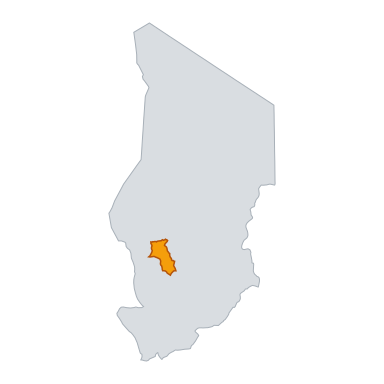 Dababa, Hadjer-Lamis, Chad shown in context
{"feature_id": "50815135B80092252042653", "entity_name": "Dababa", "entity_type": "district", "adm_level": 2, "iso_a3": "TCD", "parent_name": "Chad", "parent_adm1": "Hadjer-Lamis", "projection": "equal_earth", "projection_center": [16.914, 12.314], "detail": "fine", "context": "in_parent", "style": "filled", "palette": "amber", "viewbox_px": 384, "rotation_deg": 0, "n_neighbors": 0, "source": "geoboundaries", "source_scale": "gbopen_adm2", "svg_char_len": 4672}
<svg xmlns="http://www.w3.org/2000/svg" viewBox="0 0 384 384"><path d="M273.9,105.2L274.1,114.5L274.2,123.9L274.4,133.3L274.5,142.7L274.6,152.1L274.8,161.5L274.9,170.9L275.0,180.4L275.1,183.5L274.9,184.7L274.8,184.9L274.5,185.1L270.7,184.2L269.1,184.2L266.8,184.9L263.4,185.2L261.2,185.1L259.8,186.8L258.6,188.7L259.2,193.4L259.1,195.0L258.6,196.6L257.6,198.0L256.6,199.1L256.0,200.1L255.3,202.2L254.7,203.2L254.8,204.5L254.6,205.9L254.0,206.7L252.4,207.2L251.4,207.8L250.6,208.8L250.1,209.6L250.4,210.6L250.8,211.9L251.0,214.0L251.2,215.2L252.0,216.2L252.4,217.0L252.6,217.8L252.2,218.6L250.3,220.1L249.5,220.7L248.6,221.4L248.3,221.7L246.9,223.2L246.2,224.5L245.9,225.5L245.9,227.0L246.6,229.2L247.4,231.1L247.7,232.5L247.9,234.1L247.9,235.6L247.5,236.8L246.8,238.0L244.1,240.2L242.8,242.6L241.8,245.5L241.6,247.0L241.8,248.1L242.4,249.0L243.2,249.4L244.4,249.6L246.3,249.1L248.0,248.8L249.9,249.8L250.9,252.3L250.6,254.0L251.3,257.3L252.0,261.2L251.9,262.5L252.2,263.0L253.4,263.2L253.7,264.1L253.3,271.0L253.9,272.9L254.7,274.3L255.6,275.0L256.5,275.9L257.0,276.5L258.0,276.7L259.2,277.9L259.5,279.6L259.5,281.2L258.8,284.7L258.3,287.0L257.6,286.9L256.2,286.3L254.5,285.8L252.4,285.4L250.5,286.3L248.3,287.6L247.7,288.5L247.1,289.0L246.1,288.9L245.3,289.1L244.8,290.0L244.1,290.9L241.0,293.0L240.3,293.7L240.0,294.4L240.0,295.2L240.3,296.8L240.3,298.9L239.6,300.5L238.8,301.6L237.9,302.0L237.2,302.3L236.7,303.0L235.1,306.7L234.4,307.4L233.0,307.3L229.0,312.9L228.6,314.5L227.1,316.9L225.2,319.5L223.5,320.7L223.4,321.2L223.0,321.7L221.9,322.3L218.4,325.5L214.1,325.3L212.2,326.6L210.3,327.1L207.6,327.7L206.8,327.7L203.4,327.9L199.3,327.8L197.7,328.3L196.3,329.5L195.2,330.6L195.0,330.9L195.2,331.4L195.2,331.7L198.0,334.3L198.7,335.6L198.0,336.8L197.7,337.0L197.2,338.0L195.5,341.0L193.0,344.4L191.7,345.4L191.2,346.1L190.5,348.4L190.0,348.7L188.3,349.0L184.9,349.2L180.1,350.0L177.2,350.2L175.4,350.0L172.9,351.6L172.0,352.0L171.5,352.2L169.0,353.7L167.0,356.1L166.2,356.5L163.3,357.6L162.2,359.2L161.6,359.3L159.8,357.2L158.5,355.2L157.9,353.2L157.8,352.6L157.5,352.7L156.4,353.6L155.6,354.6L155.2,356.5L152.2,357.8L149.6,358.9L148.4,360.3L146.6,361.0L144.3,360.7L142.5,360.1L140.8,359.9L141.6,358.2L142.0,356.9L142.0,355.3L141.9,354.2L140.9,353.7L140.2,352.9L138.7,347.9L137.2,342.7L135.0,337.7L132.7,334.5L130.9,332.5L130.4,332.3L129.5,331.6L128.9,331.1L125.8,327.6L122.5,323.8L121.7,322.1L120.1,319.5L118.3,316.8L117.3,315.5L116.9,313.3L118.2,311.4L119.5,308.8L121.2,307.2L123.3,307.0L126.8,307.7L130.6,308.0L134.4,307.5L135.3,307.1L136.3,307.1L138.3,307.7L141.8,307.6L143.6,306.6L141.7,304.8L139.6,302.1L137.6,299.1L136.4,296.3L135.4,292.8L134.3,288.5L133.7,282.9L133.8,279.7L134.2,277.4L135.2,273.7L134.5,271.6L134.7,269.8L134.6,267.2L134.3,265.9L132.9,261.6L132.6,261.1L131.4,258.2L130.9,253.2L129.6,249.9L127.4,248.3L126.1,246.4L125.7,243.0L124.8,242.1L121.4,240.9L118.5,240.9L116.5,237.1L113.8,232.1L111.4,227.6L109.8,218.4L108.9,213.2L110.0,211.6L112.0,207.9L114.7,200.8L120.6,189.8L123.6,184.1L129.6,175.7L136.9,165.4L141.1,159.6L141.8,149.1L142.5,137.9L143.1,129.5L143.7,119.6L144.3,111.3L144.7,105.2L145.3,96.7L145.8,95.0L148.7,88.3L148.9,87.4L148.4,86.3L144.3,80.6L143.1,79.3L142.4,76.4L143.4,74.7L138.6,65.2L137.4,64.0L136.8,62.9L136.8,61.2L136.7,54.6L135.5,44.3L133.8,32.3L139.5,28.9L143.9,26.3L149.4,23.0L154.5,26.4L161.9,31.3L169.2,36.2L176.7,41.1L184.1,46.0L191.5,50.9L198.9,55.8L206.4,60.7L213.9,65.7L221.3,70.6L228.8,75.5L236.3,80.5L243.8,85.4L251.3,90.3L258.9,95.3L266.4,100.2L273.9,105.2Z" fill="#d9dde1" stroke="#a8b0b8" stroke-width="1"/><path d="M167.6,240.5L166.7,239.7L166.1,239.7L165.4,239.2L165.0,239.7L163.5,240.3L162.6,239.7L161.7,240.2L161.3,240.7L157.9,241.1L157.0,241.4L156.6,241.9L156.0,241.6L154.9,241.5L153.4,241.8L152.6,241.7L152.1,242.1L150.9,241.9L150.9,243.5L151.5,244.4L152.0,245.8L151.5,247.5L151.5,248.6L151.8,249.6L152.3,250.7L151.7,252.5L150.6,254.7L150.0,255.8L148.8,256.8L150.1,257.0L154.0,256.4L156.3,257.4L157.0,257.6L159.8,259.0L160.2,259.7L160.7,261.1L160.5,263.0L160.4,264.0L161.0,265.4L161.7,266.0L161.8,266.6L162.1,267.7L162.3,269.8L162.8,270.8L163.6,270.7L165.4,271.0L166.5,271.9L167.3,273.2L167.8,273.5L168.9,274.2L170.4,275.2L171.1,273.7L171.8,272.8L172.8,271.8L173.7,270.9L174.9,270.8L175.9,270.8L175.1,268.3L174.2,266.7L173.7,265.8L173.7,265.0L174.2,263.1L174.6,261.3L173.8,261.1L173.1,260.5L172.2,260.6L171.6,260.0L171.5,259.0L171.2,258.2L170.5,257.5L170.0,256.5L169.7,255.3L169.7,253.5L169.1,253.2L168.3,252.0L167.4,250.9L167.3,250.3L166.9,248.2L166.5,247.2L165.9,246.5L165.3,246.2L164.5,245.4L165.0,243.9L166.3,242.4L167.1,241.6L167.6,240.5Z" fill="#f59e0b" stroke="#b45309" stroke-width="1.5"/></svg>